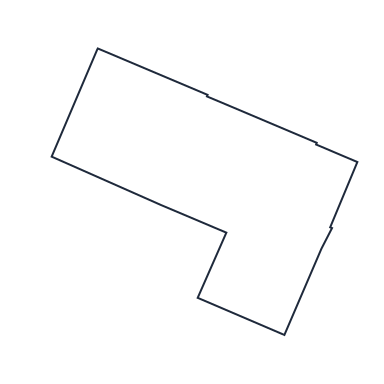 the district of Lincoln, Colorado, United States of America, rotated 293°
{"feature_id": "52423323B65338081573095", "entity_name": "Lincoln", "entity_type": "district", "adm_level": 2, "iso_a3": "USA", "parent_name": "United States of America", "parent_adm1": "Colorado", "projection": "albers", "projection_center": [-103.434, 39.041], "detail": "fine", "context": "isolated", "style": "outline", "palette": "slate", "viewbox_px": 384, "rotation_deg": 293, "n_neighbors": 0, "source": "geoboundaries", "source_scale": "gbopen_adm2", "svg_char_len": 388}
<svg xmlns="http://www.w3.org/2000/svg" viewBox="0 0 384 384"><g transform="rotate(293 192 192)"><path d="M285.9,193.0L285.8,168.4L287.5,168.4L287.3,49.2L285.8,49.1L171.3,49.0L169.7,49.0L167.9,168.3L168.0,239.5L96.8,238.6L96.5,332.9L190.5,333.3L213.5,335.0L213.5,333.0L284.2,332.5L284.2,308.8L284.2,287.7L286.0,287.6L285.9,193.0Z" fill="none" stroke="#1e293b" stroke-width="2"/></g></svg>